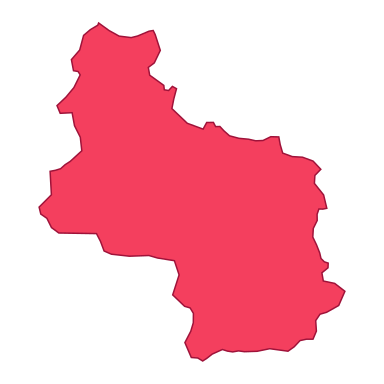 Veliko Tarnovo, Equal Earth projection
{"feature_id": "BGR-2249", "entity_name": "Veliko Tarnovo", "entity_type": "Province", "adm_level": 1, "iso_a3": "BGR", "parent_name": "Bulgaria", "parent_adm1": "", "projection": "equal_earth", "projection_center": [25.637, 43.224], "detail": "fine", "context": "isolated", "style": "filled", "palette": "rose", "viewbox_px": 384, "rotation_deg": 0, "n_neighbors": 0, "source": "natural_earth", "source_scale": "10m", "svg_char_len": 1583}
<svg xmlns="http://www.w3.org/2000/svg" viewBox="0 0 384 384"><path d="M98.6,23.0L99.5,23.6L109.0,30.5L119.1,36.1L131.2,37.6L137.6,36.0L149.0,31.2L153.2,30.5L155.2,34.6L160.3,50.4L154.3,62.9L148.3,67.4L149.7,75.2L163.8,85.4L164.3,89.8L168.6,90.5L172.4,86.4L176.5,88.7L173.8,98.9L171.9,108.6L187.3,123.3L203.1,129.1L206.7,122.5L213.4,122.4L215.6,126.6L219.9,126.5L224.0,130.9L229.5,135.8L238.9,138.3L248.5,139.2L255.7,140.8L263.0,140.5L270.8,136.7L278.8,136.9L280.2,144.6L282.7,153.1L292.3,156.6L302.5,157.2L313.1,161.1L320.8,169.3L314.9,175.4L314.4,183.4L323.6,194.9L326.8,208.3L322.9,209.1L318.9,209.0L317.1,214.3L317.2,220.5L313.3,228.4L312.8,237.1L316.5,244.8L319.7,252.9L321.0,258.5L324.3,261.8L328.2,263.1L328.0,267.8L321.9,272.8L323.3,281.0L334.7,283.4L344.9,291.3L338.7,305.5L326.6,312.3L320.0,314.2L315.7,320.6L316.4,331.1L313.0,339.2L306.4,339.2L300.0,340.6L294.2,346.8L288.0,351.2L269.7,348.7L257.1,351.3L244.4,351.7L238.5,350.9L232.7,351.9L227.4,351.1L222.4,349.5L212.2,354.1L207.0,358.2L202.7,361.0L197.8,358.0L191.3,357.5L184.9,342.6L190.8,331.2L193.3,322.8L193.4,313.3L190.1,307.9L184.6,306.3L172.7,294.9L179.1,274.9L174.4,260.7L157.5,258.0L148.9,255.5L129.4,256.2L111.4,254.2L104.1,251.0L100.5,241.4L96.5,233.6L58.8,233.0L51.5,227.6L46.9,218.3L40.8,214.1L39.1,207.1L51.4,194.8L50.1,171.3L55.4,170.3L60.6,168.7L65.2,164.6L70.2,161.4L81.8,150.8L80.3,137.2L74.5,125.7L72.1,112.7L60.2,113.3L57.0,105.6L65.9,97.2L73.9,87.6L80.2,74.9L78.1,71.5L73.5,70.7L71.4,59.6L79.7,50.0L83.6,35.4L90.4,29.6L97.8,25.2L98.6,23.0Z" fill="#f43f5e" stroke="#9f1239" stroke-width="1.5"/></svg>